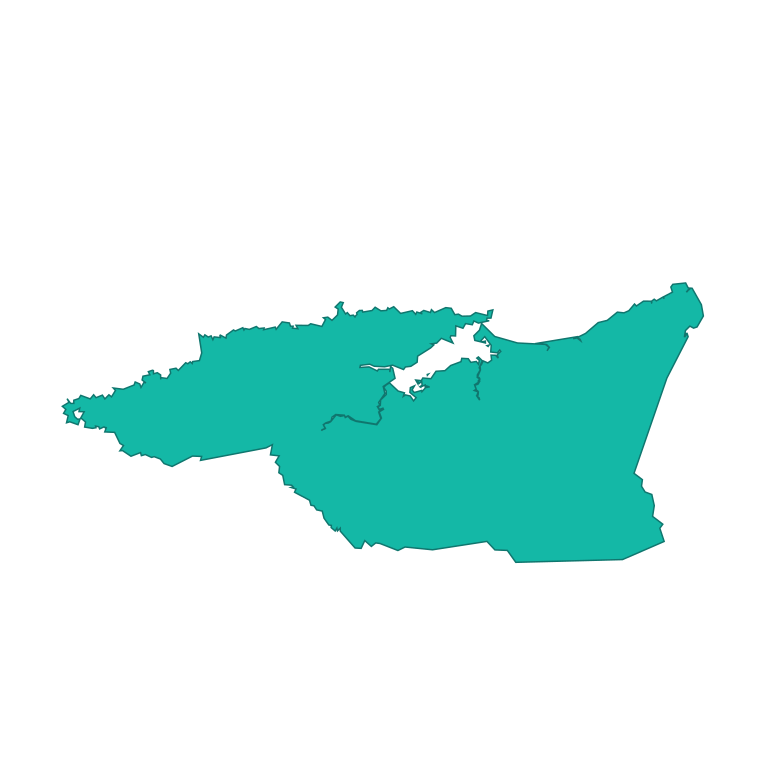 West Coast, Tasmania, Australia (Equal Earth projection), rotated 103°
{"feature_id": "25037944B97850876136128", "entity_name": "West Coast", "entity_type": "district", "adm_level": 2, "iso_a3": "AUS", "parent_name": "Australia", "parent_adm1": "Tasmania", "projection": "equal_earth", "projection_center": [145.455, -42.452], "detail": "fine", "context": "isolated", "style": "filled", "palette": "teal", "viewbox_px": 768, "rotation_deg": 103, "n_neighbors": 0, "source": "geoboundaries", "source_scale": "gbopen_adm2", "svg_char_len": 6114}
<svg xmlns="http://www.w3.org/2000/svg" viewBox="0 0 768 768"><g transform="rotate(103 384 384)"><path d="M528.1,215.5L501.4,112.1L474.4,75.6L462.5,82.8L457.9,80.8L452.6,92.5L441.7,93.3L431.4,98.2L430.5,105.3L425.7,110.1L419.1,110.7L414.8,120.3L314.6,109.7L269.5,98.3L266.5,100.1L266.8,101.0L268.5,100.7L270.2,101.4L270.2,101.9L264.1,102.3L258.8,99.0L259.9,94.9L258.0,91.8L245.9,88.1L235.3,92.6L221.4,105.3L221.8,107.9L222.0,107.3L222.5,107.3L223.6,108.1L224.3,108.8L224.4,109.1L224.6,109.1L225.0,109.0L226.0,109.6L225.9,109.8L224.4,109.1L222.1,107.4L221.8,109.4L217.7,112.8L221.9,125.0L225.0,126.3L229.6,123.6L236.1,131.2L237.9,130.3L236.5,131.7L241.7,137.3L240.6,139.8L243.1,141.9L244.6,141.4L244.7,141.5L243.2,142.2L244.9,149.8L251.2,155.6L249.7,157.9L257.5,161.9L260.7,166.2L261.5,172.8L271.8,180.8L276.0,189.1L289.4,199.0L295.2,206.1L296.4,202.9L297.7,202.0L295.7,206.2L297.3,209.9L294.0,205.3L310.7,245.9L309.3,239.5L309.0,234.4L311.1,231.1L315.0,232.6L311.1,231.5L309.1,235.6L314.0,263.1L312.8,286.8L303.1,302.5L310.1,303.1L316.8,307.3L321.1,305.3L321.2,294.4L319.4,294.9L320.9,298.0L319.8,299.2L315.2,296.5L322.2,288.2L328.8,287.2L328.1,280.6L324.8,278.9L326.0,277.5L330.1,280.2L333.1,278.5L330.9,281.7L331.8,286.2L336.6,284.5L340.1,287.6L339.2,292.5L343.3,293.5L344.9,294.4L348.6,293.2L356.4,294.5L356.3,293.0L356.6,292.4L357.6,291.8L358.8,291.6L359.8,292.6L360.2,291.5L362.9,292.3L363.8,293.5L364.4,295.4L368.5,292.9L368.8,292.9L369.2,293.3L370.0,294.5L369.4,291.7L369.6,291.2L370.5,290.3L373.6,289.8L374.7,290.9L376.2,288.1L378.2,287.2L374.7,291.0L370.5,290.4L370.0,294.6L368.4,293.0L364.4,295.6L360.3,291.6L359.9,292.8L357.5,292.0L356.6,294.6L354.1,295.1L348.6,293.4L346.8,294.9L339.2,293.5L336.4,298.1L337.9,299.4L339.5,296.4L343.5,296.4L341.3,299.1L343.4,304.3L340.4,307.6L341.5,314.0L344.9,314.0L351.0,323.2L357.3,327.6L359.9,336.2L368.3,339.5L369.4,347.5L372.3,348.4L373.0,354.0L376.2,351.0L374.1,351.3L375.5,349.8L372.9,347.9L377.6,346.2L375.7,343.7L377.2,343.3L376.3,342.2L376.6,338.9L378.1,342.6L383.0,345.3L381.8,345.9L385.5,352.6L383.5,355.3L378.9,353.9L381.6,357.5L386.4,356.9L390.1,349.6L393.8,351.4L389.8,355.7L389.8,360.7L391.7,362.4L388.0,362.1L387.7,368.6L381.7,378.9L384.9,382.1L387.5,383.5L390.3,380.3L393.7,379.4L400.3,383.7L405.7,382.8L407.6,384.6L409.8,382.8L407.8,379.6L408.8,378.8L412.3,382.4L417.8,378.8L425.3,381.8L426.7,402.8L425.8,408.5L423.5,411.9L425.4,414.2L423.6,415.5L425.3,419.1L424.8,423.6L432.7,427.5L434.4,429.3L435.0,430.6L435.4,432.2L437.5,433.8L440.4,431.1L441.2,431.7L442.4,433.7L443.6,434.4L442.6,434.2L440.5,431.4L437.3,434.0L435.0,432.0L432.0,427.2L428.0,427.2L424.6,424.2L423.3,415.6L425.0,414.2L423.0,411.8L426.2,403.5L424.9,382.5L418.4,379.3L412.5,382.9L408.5,379.3L410.3,382.8L407.5,385.4L405.7,383.3L403.2,385.1L393.1,381.0L386.6,384.2L376.0,374.5L366.8,379.0L365.4,381.5L371.1,381.0L368.4,381.7L370.9,392.7L372.8,393.4L370.7,402.4L373.3,411.2L371.1,411.2L367.9,402.3L368.9,397.5L367.1,387.3L363.7,379.9L365.5,368.2L362.6,367.0L360.7,361.8L355.3,356.6L349.3,357.5L338.4,346.7L334.8,344.3L334.2,346.9L332.3,341.9L326.6,338.4L328.6,326.0L323.8,330.0L321.9,329.7L321.1,325.1L311.2,327.1L311.9,319.6L306.8,318.1L306.4,311.3L302.4,310.6L303.4,305.7L298.7,295.7L299.1,298.3L296.7,298.5L295.7,294.6L287.3,294.6L289.6,299.2L294.0,298.5L293.8,310.8L298.3,315.0L300.4,323.2L299.2,327.2L300.5,330.6L295.1,335.5L295.7,341.0L303.0,350.8L300.9,354.5L303.9,354.9L303.4,361.8L306.4,364.8L306.4,363.6L306.7,363.1L307.0,363.1L306.5,368.2L309.0,368.8L306.2,372.8L311.5,383.7L306.5,391.9L309.7,395.7L308.9,397.4L311.7,398.0L313.4,403.5L311.2,409.9L315.1,412.2L318.7,420.8L317.2,421.7L317.9,424.5L320.8,426.7L322.3,425.9L324.4,427.2L324.9,427.2L325.1,427.2L325.2,427.3L323.8,429.4L325.1,432.5L322.7,435.8L324.4,437.2L318.8,442.8L313.9,442.0L313.9,445.1L320.0,448.9L321.3,445.5L327.2,444.8L333.7,449.0L331.5,453.8L333.1,457.9L334.4,455.5L341.9,457.5L341.8,469.0L344.0,471.0L346.6,482.9L349.5,480.4L350.2,485.7L348.1,485.5L348.7,488.1L345.8,489.9L346.4,497.2L355.0,501.4L353.0,502.8L358.2,513.5L356.4,513.4L358.1,518.4L356.7,521.3L361.1,527.5L361.2,532.0L362.9,532.6L360.9,534.2L365.8,540.8L365.2,542.8L371.7,548.5L374.8,548.3L373.2,554.5L373.9,554.7L374.2,554.3L374.9,554.4L375.4,553.8L375.6,553.8L376.3,560.1L379.3,560.7L376.0,563.3L377.8,565.8L376.4,569.6L379.1,570.5L376.8,575.8L394.7,568.6L402.7,569.1L405.2,575.5L407.2,575.5L406.0,577.8L408.4,579.7L407.9,582.0L417.1,587.5L415.4,590.2L418.0,595.9L421.4,594.3L427.4,596.6L428.0,603.0L429.8,602.6L425.4,603.7L424.0,607.4L425.9,610.9L422.8,611.7L422.7,612.7L425.0,616.4L427.7,614.2L430.6,620.6L434.5,620.6L436.5,616.2L436.3,618.2L442.0,620.0L438.9,622.0L438.0,626.9L441.2,627.3L447.8,636.9L448.8,646.9L450.7,644.2L457.8,646.6L456.4,649.6L461.3,652.6L458.2,655.9L462.1,661.5L459.8,664.5L464.6,666.9L463.3,676.9L466.8,678.0L469.6,682.6L472.7,681.9L473.4,685.0L469.6,689.5L472.7,686.8L478.1,692.4L480.3,688.3L484.7,689.6L485.8,684.6L493.2,684.6L491.5,681.6L492.5,673.0L486.4,672.3L487.3,674.6L485.4,678.0L480.8,680.8L475.9,675.0L479.5,675.0L478.5,669.9L485.3,671.8L488.1,666.3L493.3,666.0L492.8,658.1L491.4,654.8L489.9,655.6L489.8,652.3L491.7,651.0L488.8,647.2L489.2,645.7L490.4,645.1L488.8,644.9L488.5,644.7L493.5,645.3L491.7,635.6L501.3,627.9L502.5,624.0L508.5,626.3L507.7,623.8L511.3,614.3L505.6,605.8L508.4,604.3L506.4,600.7L507.8,594.0L506.5,591.6L507.4,585.0L511.0,580.4L512.0,571.9L497.3,554.4L495.6,545.4L499.7,545.6L472.8,484.6L468.2,479.1L478.6,478.7L477.6,470.0L484.7,472.2L487.8,467.2L494.1,466.5L495.8,462.1L504.4,458.2L503.4,451.2L504.7,449.3L505.7,451.3L506.1,446.1L509.6,446.8L514.0,430.4L518.6,427.9L518.4,424.9L521.8,421.3L521.7,415.6L528.3,412.2L533.8,406.0L533.6,403.5L535.8,403.2L538.2,398.5L535.0,397.5L537.6,396.3L534.3,394.2L537.2,393.5L550.3,375.3L549.3,369.3L540.9,367.5L545.1,359.8L540.7,356.3L540.3,352.0L543.1,333.0L538.1,326.8L534.6,299.4L514.2,248.3L520.7,238.6L518.4,226.4L528.1,215.5ZM322.5,290.4L323.5,292.3L324.0,291.0L322.5,290.4ZM378.6,348.4L378.9,347.4L377.5,347.4L378.6,348.4ZM364.4,343.0L365.0,344.0L365.7,343.7L364.4,343.0Z" fill="#14b8a6" stroke="#0f766e" stroke-width="1.5"/></g></svg>